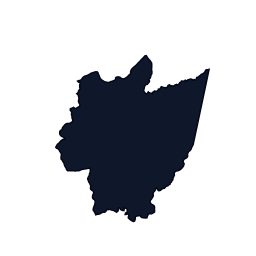 outline of Carbonita, Minas Gerais, Brazil, rotated 210°
{"feature_id": "56859067B13001741051446", "entity_name": "Carbonita", "entity_type": "district", "adm_level": 2, "iso_a3": "BRA", "parent_name": "Brazil", "parent_adm1": "Minas Gerais", "projection": "orthographic", "projection_center": [-43.039, -17.512], "detail": "fine", "context": "isolated", "style": "filled", "palette": "ink", "viewbox_px": 256, "rotation_deg": 210, "n_neighbors": 0, "source": "geoboundaries", "source_scale": "gbopen_adm2", "svg_char_len": 5198}
<svg xmlns="http://www.w3.org/2000/svg" viewBox="0 0 256 256"><g transform="rotate(210 128 128)"><path d="M66.3,94.0L66.0,95.9L65.5,97.1L64.6,97.7L64.5,98.9L63.5,100.1L63.9,101.6L63.3,103.1L63.8,104.2L63.3,105.2L63.5,106.2L64.1,107.3L64.1,108.9L64.2,110.3L64.9,111.2L65.5,112.3L65.4,113.6L64.7,114.9L63.3,116.0L62.4,117.3L61.9,118.3L61.5,119.3L61.2,120.7L60.9,122.6L61.2,123.9L61.5,125.1L62.4,125.5L63.2,126.3L63.9,127.3L63.8,128.6L63.5,129.8L62.7,130.7L62.3,131.7L62.1,132.9L62.7,134.2L63.4,135.1L63.6,136.3L63.8,137.9L63.0,139.4L62.8,141.0L63.1,142.6L63.2,144.2L63.2,145.9L70.4,168.1L87.1,219.3L87.9,218.4L89.0,217.9L89.7,216.7L89.4,215.1L89.8,213.4L90.5,212.1L91.3,211.2L91.7,209.6L92.3,208.5L92.6,207.0L93.7,206.3L93.6,205.2L93.1,204.0L93.7,203.0L94.9,203.1L95.6,202.0L97.0,202.1L98.1,201.8L99.1,200.8L100.2,199.7L100.9,197.9L102.4,198.0L102.6,196.7L104.0,196.0L105.2,195.4L105.1,193.9L105.9,193.1L105.8,191.6L106.5,190.1L107.7,190.1L108.3,189.3L109.0,188.4L109.4,187.0L111.0,186.6L112.0,185.7L113.6,186.2L114.5,185.1L114.6,184.0L114.3,182.9L115.0,182.0L116.5,181.3L117.4,180.8L118.5,180.7L119.8,180.4L119.8,179.3L119.9,178.3L119.9,177.2L121.1,176.9L120.8,175.5L121.4,174.1L122.6,173.6L123.7,173.2L123.8,171.9L124.6,171.1L124.0,169.9L125.7,169.5L127.2,169.1L128.5,169.4L128.6,168.4L128.7,167.0L129.6,166.4L130.9,167.0L132.1,167.4L133.0,168.0L133.6,169.4L133.8,170.4L134.3,171.8L134.5,173.2L134.2,174.5L133.1,175.6L133.0,176.8L132.7,177.8L132.6,178.8L133.1,179.7L134.4,180.6L133.8,182.0L134.0,183.8L134.6,185.3L134.5,186.9L135.1,188.1L135.8,189.2L136.8,190.3L137.5,191.8L138.2,193.2L138.8,194.1L139.3,195.1L140.2,196.2L141.3,196.7L142.7,197.5L144.0,197.6L145.0,198.3L146.0,198.4L146.9,199.0L148.3,199.8L149.3,199.1L149.6,197.9L149.9,196.5L150.3,195.0L150.7,193.7L150.8,192.4L151.2,191.3L151.6,189.7L152.0,187.9L152.3,186.7L152.6,185.7L153.0,184.7L153.4,183.6L153.8,182.3L154.2,180.9L154.2,179.5L153.8,177.8L153.1,176.9L153.0,175.6L153.7,174.2L154.0,172.5L154.4,171.4L155.1,170.1L155.8,168.8L157.0,168.0L158.0,167.7L159.2,167.7L160.3,167.9L161.3,167.7L162.3,167.2L163.5,166.2L163.8,165.1L163.0,164.1L163.3,162.8L164.1,161.9L165.0,160.5L166.0,159.7L166.6,158.7L167.3,158.0L168.2,157.2L169.4,157.0L170.4,156.6L171.8,156.3L172.9,156.4L174.0,156.4L175.6,156.6L177.3,157.3L178.6,158.4L179.5,159.1L180.8,160.0L181.6,160.8L182.6,161.2L183.8,160.7L184.9,159.8L186.0,158.4L187.2,157.2L187.9,156.0L188.3,155.0L189.1,153.9L190.2,152.4L191.3,151.4L191.9,150.2L192.4,148.9L192.5,146.9L193.2,145.3L194.3,144.5L195.1,143.4L193.8,143.0L192.5,143.4L191.6,142.6L191.4,141.0L190.6,140.1L190.1,139.0L188.9,137.8L189.3,136.5L189.4,135.3L188.8,134.4L189.1,133.3L189.5,132.1L187.9,131.8L186.8,130.8L185.5,129.5L184.9,128.3L184.7,127.3L184.2,126.3L183.4,125.5L182.4,124.9L181.4,124.4L180.9,123.4L180.9,122.2L181.7,121.0L182.5,119.5L183.1,118.5L184.2,118.4L185.4,118.7L185.9,117.9L186.6,117.0L187.5,115.9L186.9,114.5L185.4,114.0L184.5,113.3L184.1,112.2L183.3,110.9L182.3,110.1L181.5,108.7L180.0,107.5L179.2,106.2L179.7,104.8L180.3,103.8L181.1,102.5L182.7,101.7L183.7,100.7L184.3,99.2L184.6,97.5L184.8,96.3L184.8,95.1L184.3,93.8L185.0,92.4L185.4,91.1L184.9,90.0L184.3,88.9L183.2,88.1L182.1,87.7L180.9,87.6L179.6,87.8L177.8,87.8L177.0,87.0L178.0,86.4L178.9,85.2L179.6,83.6L180.0,82.3L179.8,81.1L180.5,80.1L181.0,78.2L180.9,76.6L181.0,75.3L179.8,74.8L178.4,75.0L176.8,74.7L175.7,73.8L174.6,73.3L173.6,72.8L172.5,72.0L171.9,70.5L171.3,69.0L170.2,67.5L169.0,67.3L167.9,66.6L166.9,66.0L165.9,65.6L164.7,64.3L163.6,63.4L162.5,62.8L161.4,62.3L160.6,61.4L159.1,60.8L157.9,61.4L156.6,62.2L155.3,62.9L154.5,63.4L153.5,63.9L151.9,64.5L151.1,65.5L150.1,65.9L149.0,66.6L148.2,67.7L147.4,68.9L146.5,69.6L145.6,70.5L144.7,71.1L143.8,71.8L143.0,72.6L142.2,73.3L141.0,74.0L140.0,73.4L139.4,72.3L138.7,71.1L138.5,69.5L138.1,68.3L137.8,67.2L137.8,66.2L137.8,64.7L137.2,63.4L136.1,62.7L134.9,61.5L133.5,61.0L132.6,60.2L131.6,59.5L130.9,58.6L130.5,57.2L129.7,56.3L128.2,56.0L127.1,55.9L126.1,55.8L125.4,54.8L125.1,53.7L124.9,52.2L124.3,50.5L123.3,49.4L122.4,49.2L121.0,49.0L119.9,48.4L119.4,47.3L118.9,46.3L118.5,45.1L118.3,43.6L118.0,41.9L117.7,40.6L117.0,39.4L115.8,38.9L114.6,38.2L113.6,37.6L112.5,36.7L111.6,37.8L110.4,38.6L109.2,39.9L108.5,41.3L107.6,42.5L105.9,43.6L105.5,45.1L105.6,46.3L105.0,47.1L103.9,47.7L102.8,48.7L101.6,48.6L100.3,49.1L98.8,49.4L97.3,49.4L95.8,49.4L95.2,50.9L95.3,52.0L96.3,53.1L96.2,54.2L95.0,54.5L94.1,53.8L92.8,53.7L91.4,53.9L90.2,54.4L90.7,55.6L91.7,56.3L90.7,56.9L89.8,57.6L88.3,57.5L87.8,56.5L87.0,55.8L86.8,54.6L87.6,53.2L87.2,51.7L86.2,52.3L85.4,53.3L84.1,53.6L83.6,52.6L83.3,51.5L82.9,50.4L81.6,50.0L80.5,49.8L79.2,49.6L77.7,49.6L76.6,49.7L75.8,50.6L76.0,52.1L76.5,53.3L77.1,54.3L77.1,55.4L76.3,56.2L75.2,57.1L74.1,58.1L73.0,57.8L71.6,57.4L70.3,57.7L69.2,58.3L68.0,58.7L66.7,59.7L67.1,61.1L67.2,62.2L67.2,63.4L66.4,64.8L64.7,65.4L63.7,67.2L63.0,68.4L63.6,69.7L64.5,70.9L65.2,72.4L66.1,73.5L67.1,73.8L68.5,73.8L69.9,73.8L71.4,74.4L72.3,75.7L72.4,76.9L72.2,78.0L72.1,79.1L72.1,80.5L72.1,81.8L72.8,82.8L73.6,83.9L73.8,85.0L73.6,86.1L73.3,87.3L73.4,88.7L73.6,90.1L72.3,90.3L71.2,89.3L70.2,89.0L69.3,89.6L68.6,90.4L68.3,91.7L67.5,93.1L66.3,94.0Z" fill="#0f172a" stroke="#020617" stroke-width="1.5"/></g></svg>